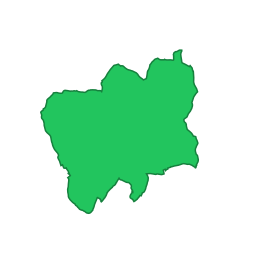 Catina, Cluj, Romania, rotated 236°
{"feature_id": "2599482B31598645365183", "entity_name": "Catina", "entity_type": "district", "adm_level": 2, "iso_a3": "ROU", "parent_name": "Romania", "parent_adm1": "Cluj", "projection": "albers", "projection_center": [24.16, 46.852], "detail": "fine", "context": "isolated", "style": "filled", "palette": "green", "viewbox_px": 256, "rotation_deg": 236, "n_neighbors": 0, "source": "geoboundaries", "source_scale": "gbopen_adm2", "svg_char_len": 5612}
<svg xmlns="http://www.w3.org/2000/svg" viewBox="0 0 256 256"><g transform="rotate(236 128 128)"><path d="M145.0,214.4L144.6,213.2L148.7,211.1L151.6,209.4L152.0,209.3L152.8,209.6L154.6,210.5L157.5,211.8L158.0,212.1L159.3,212.7L160.2,213.5L161.0,214.3L161.5,215.3L161.8,215.7L162.5,216.1L163.4,214.8L163.7,214.4L164.0,212.9L163.9,212.2L164.0,211.6L164.2,210.9L164.6,210.3L164.7,209.7L164.7,208.8L164.6,208.1L163.4,206.6L162.5,206.3L159.6,204.4L159.0,204.0L158.9,203.6L159.1,203.1L160.6,201.5L162.4,198.7L163.4,197.4L164.5,196.7L164.3,196.1L166.1,193.4L166.7,192.8L167.1,192.5L168.2,192.0L169.2,191.7L169.4,190.8L169.9,189.1L169.9,188.3L169.9,188.1L169.5,187.0L169.4,185.5L169.1,184.3L168.6,183.3L168.1,181.5L167.2,180.7L165.6,178.9L164.5,176.9L164.4,176.5L163.6,175.4L162.6,174.6L160.4,172.6L158.7,170.8L159.3,167.6L160.2,167.5L163.1,166.4L164.3,166.1L165.7,166.0L167.0,166.1L168.2,165.9L169.3,165.6L171.8,164.1L172.5,163.8L173.9,162.6L174.8,162.0L176.1,160.8L177.2,160.1L179.3,159.3L181.4,158.8L182.1,158.6L182.7,158.1L183.3,157.3L183.4,157.0L183.5,156.5L184.2,156.4L185.1,155.9L186.2,155.8L186.5,155.2L186.9,153.6L187.7,151.6L187.7,151.1L186.4,146.2L185.6,144.2L184.8,142.0L184.3,140.9L183.2,138.9L182.4,137.0L182.0,135.1L181.8,133.2L181.7,132.7L180.9,132.7L180.5,132.3L180.4,131.7L180.4,131.2L180.0,130.8L178.8,130.2L177.2,130.0L176.4,129.7L175.3,129.0L173.9,127.7L172.9,126.5L174.0,126.3L174.3,126.1L175.1,125.0L175.7,124.0L176.2,123.5L177.5,122.6L179.3,120.2L180.5,118.3L180.7,117.5L181.4,116.3L181.5,114.9L181.4,113.3L181.5,112.4L182.4,111.2L183.2,110.4L183.9,109.3L185.6,107.5L186.5,106.8L187.6,106.4L187.7,105.6L187.9,105.3L189.0,104.1L189.3,103.3L189.6,102.6L190.6,101.3L190.6,100.8L190.7,100.6L191.4,100.2L191.6,100.0L191.8,99.7L192.0,99.5L192.4,99.2L194.3,97.0L194.6,96.5L194.7,96.0L194.7,95.4L194.6,94.9L194.0,93.7L193.7,93.2L193.9,92.5L194.4,91.6L194.9,91.0L196.0,89.8L196.6,89.4L197.5,88.4L198.8,85.8L198.4,85.3L197.9,84.1L197.6,82.1L197.3,81.3L196.9,77.6L196.7,76.8L196.2,76.1L195.2,75.4L194.5,74.7L191.5,71.3L191.2,70.4L191.1,69.6L191.2,68.8L191.2,68.5L191.1,68.2L190.7,68.0L190.2,67.4L190.1,67.1L190.3,66.1L190.0,64.8L189.9,64.6L189.6,64.4L188.0,64.0L186.8,63.6L185.6,62.5L184.9,62.1L184.2,61.9L182.2,62.1L181.4,62.0L179.0,61.2L176.9,59.9L171.8,58.1L169.4,58.3L167.5,58.8L165.6,59.2L165.0,59.2L164.3,59.1L163.4,58.8L159.8,57.2L158.9,56.9L157.6,56.6L155.9,55.9L154.2,55.5L151.3,55.1L150.0,55.2L146.3,55.6L145.0,55.4L144.6,55.3L144.1,55.0L143.6,54.4L143.1,53.6L142.6,53.3L141.9,53.1L140.6,52.9L139.0,52.8L134.3,51.4L134.1,53.1L130.8,52.4L130.2,52.9L129.8,53.4L129.5,54.0L129.5,54.4L127.8,54.2L125.8,54.3L125.0,54.1L123.8,53.5L123.7,53.3L123.7,53.0L123.3,53.0L123.3,53.8L121.7,53.5L120.8,53.5L120.5,50.3L119.4,50.4L119.0,50.3L118.1,49.9L117.3,49.3L115.2,47.5L112.6,45.5L111.8,44.6L110.8,43.6L108.4,42.2L105.9,41.1L104.8,40.4L103.8,40.0L103.0,39.9L100.8,39.9L97.4,40.5L95.6,41.1L94.8,41.6L94.3,41.4L93.6,41.4L93.1,41.4L91.7,42.0L90.7,42.0L90.1,42.1L89.4,42.3L87.8,42.4L87.3,42.7L86.4,43.2L85.8,43.7L85.1,44.4L83.7,45.0L83.0,45.5L81.0,46.1L80.4,46.5L79.2,47.8L79.0,48.4L78.8,49.1L78.9,50.3L79.6,52.9L79.7,53.0L80.1,53.3L80.5,53.9L80.7,54.4L81.1,54.7L81.5,55.5L83.3,57.5L87.5,63.7L87.3,64.0L86.6,64.2L85.8,64.7L85.2,65.0L84.8,65.0L84.5,65.2L83.9,64.9L83.6,65.1L83.0,65.2L82.8,65.0L82.1,65.1L82.0,64.5L81.7,64.6L81.8,65.1L81.8,65.5L82.7,68.4L83.1,68.8L83.0,69.5L83.5,70.4L83.7,71.1L83.9,71.3L84.0,71.5L84.4,72.3L84.5,72.5L85.3,73.6L85.5,74.0L85.9,74.2L86.0,74.3L86.1,75.0L86.7,76.4L86.7,76.9L86.9,77.3L86.9,77.8L87.1,78.3L87.1,78.6L87.4,79.6L87.3,80.0L87.6,80.9L87.5,81.6L87.6,81.8L88.1,83.0L88.2,83.8L88.1,84.4L88.0,84.7L88.2,85.2L88.2,85.7L88.6,86.6L88.8,86.7L89.1,87.0L89.1,87.9L89.5,88.2L91.4,92.5L90.0,92.5L89.4,92.7L88.4,93.7L84.2,96.1L83.6,96.6L82.3,98.1L82.1,98.2L80.5,98.5L79.1,98.7L77.9,98.3L77.2,97.7L76.9,97.3L76.5,97.0L75.6,96.8L74.5,96.9L73.1,95.8L72.8,95.9L72.7,96.4L72.0,96.0L71.8,95.8L72.1,95.5L72.1,94.8L72.0,94.3L71.4,93.6L71.3,93.0L70.6,91.9L69.8,91.2L68.9,90.9L67.8,91.2L66.3,91.9L65.3,92.0L64.8,91.8L63.7,91.8L63.7,92.6L63.6,93.4L63.8,94.9L63.8,95.8L64.2,96.7L64.5,98.2L65.4,100.1L64.4,101.0L65.5,102.7L66.2,103.5L66.2,103.8L66.0,104.5L66.0,105.6L66.3,106.3L66.5,106.6L67.5,108.3L68.4,109.3L69.0,109.9L70.6,112.1L72.0,113.6L72.5,114.1L73.1,115.1L75.2,116.8L75.6,117.0L77.6,117.5L79.7,117.7L77.8,121.0L75.7,123.3L74.3,124.7L73.9,125.3L73.7,126.4L70.7,129.6L70.4,130.2L70.0,131.5L69.8,132.2L72.2,133.3L73.3,133.6L73.3,133.8L73.0,135.7L71.7,135.4L72.0,136.5L71.9,137.1L71.7,138.1L72.1,138.5L72.5,138.6L71.7,141.3L71.7,141.7L71.9,142.0L71.6,142.2L71.2,143.2L70.6,145.2L69.0,148.9L68.4,150.9L68.1,152.2L67.7,153.5L67.4,154.1L66.3,155.4L64.6,157.0L63.7,158.6L61.3,160.2L60.2,160.6L57.7,161.7L57.3,161.6L57.2,162.0L57.6,162.5L57.7,162.8L58.3,163.0L58.5,163.3L58.6,164.0L58.8,164.1L59.1,164.0L59.8,165.3L60.2,165.8L60.7,166.9L61.6,167.9L62.5,168.6L66.1,170.1L66.6,170.2L68.2,169.9L69.1,170.2L71.1,170.9L72.4,171.7L73.3,172.6L74.0,173.7L74.1,173.9L74.8,174.8L75.8,176.7L76.1,177.2L76.7,177.6L79.3,178.3L80.3,178.4L81.2,178.6L82.4,179.1L82.7,179.3L83.2,179.1L84.2,178.3L84.4,177.8L84.7,177.6L86.2,177.8L88.1,177.8L89.9,177.4L91.4,177.0L93.6,176.3L96.3,177.2L98.2,178.1L98.3,178.3L99.7,178.6L101.6,178.2L102.5,178.4L103.6,178.9L103.8,179.0L104.0,179.7L104.1,180.8L104.1,182.8L104.5,183.6L106.0,185.9L107.2,189.3L107.6,190.0L108.1,190.7L108.3,191.4L110.3,193.8L111.7,194.7L113.3,195.1L117.1,200.0L118.7,204.0L119.1,205.9L122.1,206.8L126.8,207.2L129.4,208.1L132.9,210.6L138.2,213.7L138.8,213.9L139.1,213.6L141.9,214.7L145.0,214.4Z" fill="#22c55e" stroke="#15803d" stroke-width="1.5"/></g></svg>